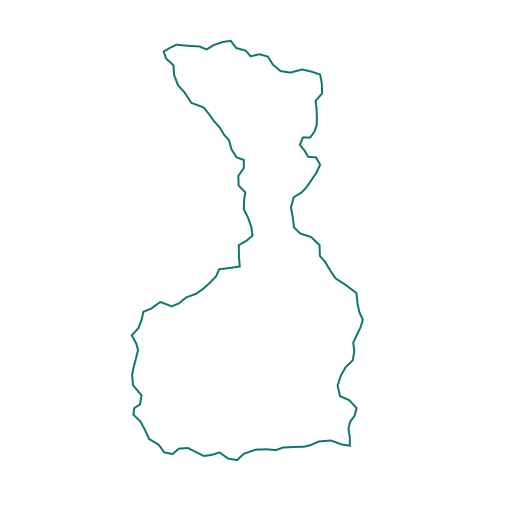 Seritinga, Minas Gerais, Brazil (orthographic projection), rotated 99°
{"feature_id": "56859067B88996032086182", "entity_name": "Seritinga", "entity_type": "district", "adm_level": 2, "iso_a3": "BRA", "parent_name": "Brazil", "parent_adm1": "Minas Gerais", "projection": "orthographic", "projection_center": [-44.473, -21.917], "detail": "fine", "context": "isolated", "style": "outline", "palette": "teal", "viewbox_px": 512, "rotation_deg": 99, "n_neighbors": 0, "source": "geoboundaries", "source_scale": "gbopen_adm2", "svg_char_len": 1924}
<svg xmlns="http://www.w3.org/2000/svg" viewBox="0 0 512 512"><g transform="rotate(99 256 256)"><path d="M68.5,379.2L75.2,375.5L80.6,367.3L90.0,365.2L99.5,359.8L105.6,352.2L114.8,343.9L117.5,331.0L123.3,324.5L128.8,319.2L135.1,311.6L141.5,306.3L145.8,300.8L154.6,296.8L161.6,290.6L163.1,283.0L171.1,281.8L179.6,286.0L189.1,284.2L194.8,276.5L201.9,276.5L211.6,275.4L219.7,269.7L228.2,265.1L236.3,262.6L242.0,267.4L248.0,274.7L259.0,272.8L268.9,270.4L271.9,279.9L274.8,290.3L282.2,292.2L289.7,297.4L296.4,302.8L302.7,309.2L307.7,318.4L314.9,324.8L318.9,331.3L316.4,343.4L324.1,351.0L328.7,358.5L337.2,359.0L345.7,360.9L353.8,366.3L361.1,360.6L367.3,357.8L376.8,358.6L385.6,359.5L392.6,359.8L402.9,357.2L411.5,347.3L420.7,347.3L425.4,352.5L432.0,352.2L437.6,344.2L445.0,338.6L453.6,332.8L457.6,322.6L464.4,315.8L464.6,307.4L458.3,302.0L456.3,293.3L459.6,282.8L461.7,276.2L459.2,268.2L455.7,261.3L460.4,251.9L460.6,242.8L453.2,237.0L447.3,226.0L445.3,215.6L444.6,205.9L441.0,199.5L438.8,189.1L436.8,178.5L433.9,171.9L429.3,164.8L426.5,153.0L428.7,142.0L428.7,133.6L419.9,135.1L412.0,137.7L405.0,137.1L398.3,133.6L390.6,132.8L383.8,141.3L381.4,151.0L371.1,155.2L360.5,153.4L351.7,150.0L344.0,144.2L335.5,143.9L326.2,146.4L317.4,143.8L309.7,141.5L302.3,140.5L295.3,145.1L287.2,148.3L276.9,151.0L270.6,162.9L265.6,174.0L257.9,181.1L250.9,186.9L246.0,192.9L235.4,194.9L228.6,204.6L226.9,215.7L221.9,222.9L212.7,225.5L202.5,229.1L192.0,227.9L186.3,221.1L180.3,216.9L172.2,213.1L164.7,209.5L155.9,206.9L149.2,212.2L149.9,219.9L144.0,224.8L139.3,230.1L131.6,228.2L130.5,221.0L123.9,217.7L117.2,216.5L109.1,217.6L99.9,219.5L93.5,221.4L85.0,216.1L75.3,218.0L66.7,221.1L65.2,230.2L64.6,239.8L69.5,250.8L69.5,260.7L64.3,269.3L57.2,275.5L56.2,284.1L59.6,292.5L54.8,298.3L53.7,308.1L47.4,314.6L49.8,322.3L54.4,330.9L59.7,337.1L57.9,344.7L59.1,356.8L59.7,367.5L63.5,373.1L68.5,379.2Z" fill="none" stroke="#0f766e" stroke-width="2"/></g></svg>